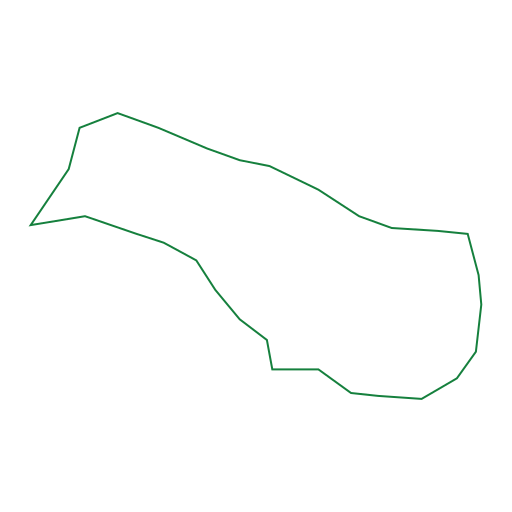 the district of Agios Georgios Keryneias, Cyprus
{"feature_id": "46923920B51635093907886", "entity_name": "Agios Georgios Keryneias", "entity_type": "district", "adm_level": 2, "iso_a3": "CYP", "parent_name": "Cyprus", "parent_adm1": "", "projection": "equal_earth", "projection_center": [33.268, 35.344], "detail": "fine", "context": "isolated", "style": "outline", "palette": "green", "viewbox_px": 512, "rotation_deg": 0, "n_neighbors": 0, "source": "geoboundaries", "source_scale": "gbopen_adm2", "svg_char_len": 483}
<svg xmlns="http://www.w3.org/2000/svg" viewBox="0 0 512 512"><path d="M272.3,369.4L318.4,369.4L351.0,393.0L378.1,395.9L421.6,398.9L456.9,378.3L475.9,351.7L481.3,304.6L478.6,275.1L467.7,233.9L437.8,230.9L391.7,228.0L359.1,216.2L318.4,189.7L269.6,166.1L239.7,160.2L207.1,148.5L158.3,127.8L117.6,113.1L79.6,127.8L68.7,169.1L30.7,225.1L85.0,216.2L136.6,233.9L163.7,242.7L196.3,260.4L215.3,289.9L239.7,319.3L266.9,340.0L272.3,369.4Z" fill="none" stroke="#15803d" stroke-width="2"/></svg>